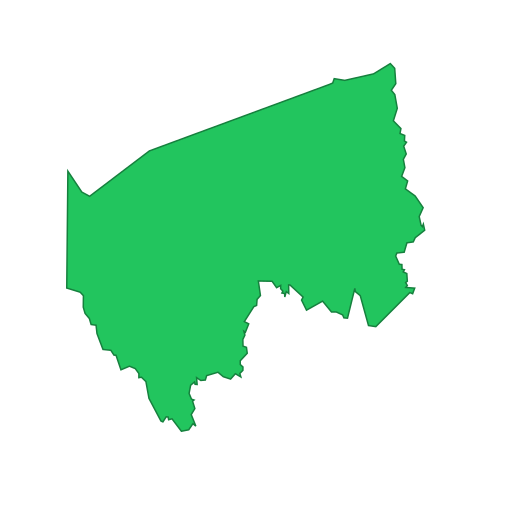 the district of Aveiro, Pará, Brazil, rotated 342°
{"feature_id": "56859067B38490722254751", "entity_name": "Aveiro", "entity_type": "district", "adm_level": 2, "iso_a3": "BRA", "parent_name": "Brazil", "parent_adm1": "Pará", "projection": "equal_earth", "projection_center": [-55.979, -3.763], "detail": "medium", "context": "isolated", "style": "filled", "palette": "green", "viewbox_px": 512, "rotation_deg": 342, "n_neighbors": 0, "source": "geoboundaries", "source_scale": "gbopen_adm2", "svg_char_len": 1957}
<svg xmlns="http://www.w3.org/2000/svg" viewBox="0 0 512 512"><g transform="rotate(342 256 256)"><path d="M103.3,117.2L66.1,228.0L77.6,236.1L79.6,240.4L75.9,251.3L75.7,257.8L78.2,264.0L78.0,270.2L82.5,272.4L80.8,280.6L81.6,297.6L88.8,300.8L90.3,306.4L92.2,307.1L92.4,322.5L101.6,321.7L106.4,325.8L108.3,331.6L107.0,335.5L109.6,335.9L112.5,341.4L110.2,358.3L114.6,383.6L116.2,385.0L120.9,381.2L122.7,382.0L122.3,384.7L125.8,384.9L130.9,399.6L138.3,400.5L144.2,396.0L146.2,399.2L145.4,386.8L150.7,382.2L150.8,374.4L152.5,373.8L150.4,372.2L149.9,366.0L153.9,358.7L158.6,356.8L158.4,359.2L160.3,360.0L161.9,353.3L165.0,357.3L169.5,358.3L172.1,354.5L183.9,354.8L187.6,360.7L193.8,365.2L200.0,361.6L204.2,366.3L204.3,362.7L208.2,360.7L209.3,357.5L207.5,354.3L208.6,350.8L217.6,345.8L218.7,339.9L215.8,337.7L217.7,331.3L221.0,327.8L221.2,323.8L222.3,325.3L228.1,318.3L224.6,314.8L238.3,303.5L241.3,303.2L243.6,297.6L248.0,295.0L250.5,280.5L263.5,285.0L265.8,292.5L270.4,291.6L269.3,294.7L270.7,297.7L269.2,299.2L271.6,300.5L270.7,303.9L273.8,299.2L275.6,301.8L278.1,293.6L279.4,294.1L288.1,309.6L285.7,312.0L287.3,323.1L305.4,319.5L310.5,332.6L315.0,334.0L320.2,338.8L320.5,342.0L323.8,343.4L340.0,317.3L339.5,320.6L342.9,325.9L341.5,356.9L348.1,360.2L391.0,338.3L393.3,340.3L397.0,335.6L388.7,332.2L390.8,330.8L390.1,327.4L392.1,326.8L394.0,319.3L391.1,316.6L392.9,314.9L390.8,313.8L392.1,309.2L389.7,308.1L388.8,299.2L390.9,296.7L398.1,298.2L403.6,290.1L409.9,291.2L413.1,287.8L424.4,283.6L425.0,277.4L423.3,279.5L422.5,277.7L423.4,268.9L429.9,261.7L425.9,248.1L418.8,238.3L423.4,231.5L419.1,225.3L424.9,218.0L426.0,209.6L430.4,205.4L430.4,197.2L434.3,194.3L432.7,192.5L434.7,187.3L430.8,184.0L433.2,179.6L428.4,169.9L436.0,159.2L437.9,145.4L435.9,140.2L442.2,135.3L445.9,120.4L443.2,114.5L424.1,119.1L394.7,116.4L385.2,111.5L382.4,115.2L379.0,115.5L187.1,123.1L116.2,147.8L110.1,141.4L103.3,117.2Z" fill="#22c55e" stroke="#15803d" stroke-width="1.5"/></g></svg>